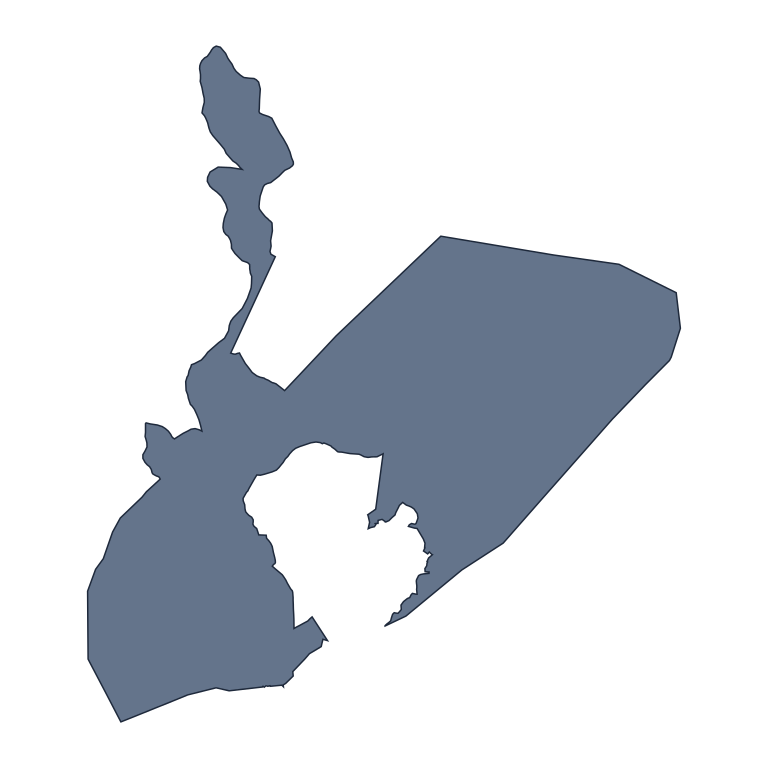 Santa María Chachoápam, Oaxaca, Mexico
{"feature_id": "50627088B31666946038790", "entity_name": "Santa María Chachoápam", "entity_type": "district", "adm_level": 2, "iso_a3": "MEX", "parent_name": "Mexico", "parent_adm1": "Oaxaca", "projection": "albers", "projection_center": [-97.276, 17.574], "detail": "fine", "context": "isolated", "style": "filled", "palette": "slate", "viewbox_px": 768, "rotation_deg": 0, "n_neighbors": 0, "source": "geoboundaries", "source_scale": "gbopen_adm2", "svg_char_len": 5613}
<svg xmlns="http://www.w3.org/2000/svg" viewBox="0 0 768 768"><path d="M160.2,479.1L147.9,490.4L146.5,491.6L142.0,497.2L120.3,518.0L112.6,532.0L103.3,558.7L95.6,569.3L87.6,591.2L88.1,659.1L90.0,662.8L106.9,695.0L120.2,720.6L120.9,721.9L139.1,714.6L156.9,707.4L174.3,700.4L187.7,694.9L216.1,687.8L229.1,690.8L262.5,687.0L262.6,686.9L262.7,686.4L263.2,686.3L264.2,687.2L266.0,685.8L267.0,686.0L267.8,686.3L269.4,685.8L270.0,685.7L270.2,686.3L281.8,685.2L283.1,686.4L283.4,686.7L283.2,684.9L285.7,683.4L293.2,676.0L292.8,671.6L305.1,658.7L309.4,653.7L321.2,646.6L322.9,639.3L327.5,640.6L312.1,616.9L310.0,618.7L307.7,621.1L306.7,621.6L302.6,623.8L299.7,625.4L296.6,627.0L294.0,628.5L293.9,619.4L293.7,614.4L293.4,609.2L293.3,605.5L293.3,604.6L293.1,600.5L293.1,597.5L292.7,592.3L292.3,590.8L290.6,588.8L288.8,585.7L287.4,583.3L285.8,580.0L283.3,576.2L282.2,574.7L275.2,568.8L272.3,566.2L272.9,565.3L273.9,564.2L274.9,563.6L275.4,562.5L275.3,560.4L274.7,557.5L273.4,552.4L272.2,546.4L270.7,543.3L268.8,540.7L266.6,538.3L266.2,535.2L258.8,534.9L256.7,528.5L254.0,526.3L252.9,524.2L253.2,521.8L253.2,519.8L251.7,517.2L248.8,515.3L247.1,513.5L245.7,511.8L245.0,508.8L244.7,504.7L243.2,500.8L243.1,498.3L246.5,492.3L247.8,491.0L248.9,488.6L254.0,479.6L256.8,475.0L260.4,475.2L264.5,474.2L272.1,471.9L276.4,470.1L279.0,467.5L281.0,465.0L283.1,462.5L285.4,458.8L287.8,456.5L289.6,453.9L292.6,450.6L295.6,448.3L299.6,446.6L310.9,442.8L316.0,442.0L320.3,442.6L322.3,443.7L323.9,443.0L326.1,443.8L328.8,445.0L331.0,446.0L331.9,447.1L334.9,449.2L337.6,451.7L338.9,452.0L341.7,452.1L347.2,453.1L350.1,453.6L359.0,454.2L360.7,454.9L364.1,456.7L368.0,457.4L371.9,456.9L377.0,456.8L383.1,453.8L375.7,509.2L367.7,514.8L368.1,515.7L369.6,522.3L368.2,528.7L370.6,527.6L374.4,526.7L375.9,524.5L375.3,523.6L376.8,523.4L378.0,523.4L378.1,520.4L382.1,519.4L385.2,521.6L385.2,521.9L385.8,522.0L389.0,520.6L392.2,517.4L395.0,515.0L395.7,512.8L398.4,507.5L399.4,505.4L402.7,502.4L406.3,505.1L408.9,506.0L411.4,507.1L414.0,508.9L417.3,513.7L418.0,517.9L417.5,519.5L416.1,523.3L415.6,523.9L414.6,524.2L411.5,523.5L409.3,524.8L408.4,526.4L414.4,528.1L417.1,528.5L420.2,533.7L423.3,538.9L425.0,543.2L424.6,547.4L424.9,547.4L424.9,547.9L423.5,551.0L427.7,553.9L429.3,552.0L431.7,554.3L432.4,554.7L428.6,558.0L427.7,560.0L427.0,561.6L427.6,562.0L427.0,563.2L426.9,564.3L426.7,565.8L424.9,568.6L425.1,571.7L429.1,572.0L429.0,573.4L423.5,573.9L420.6,574.5L418.6,575.6L416.6,579.6L416.3,581.0L416.5,583.4L416.8,585.6L416.8,587.8L416.6,589.3L417.1,594.2L416.1,594.2L412.4,593.4L411.1,594.8L409.7,597.6L407.4,598.5L403.5,601.6L401.0,605.1L401.3,609.5L399.5,611.7L398.0,613.3L396.0,613.1L394.2,612.7L392.6,614.3L391.4,618.0L390.7,620.8L388.6,622.7L387.3,623.6L385.1,625.6L385.1,626.0L405.9,616.1L461.9,569.9L503.2,543.1L543.5,497.2L565.5,472.3L590.2,444.3L612.3,419.2L645.1,385.0L669.4,360.6L671.2,357.2L680.4,328.3L676.2,292.7L619.0,264.3L553.6,255.0L440.8,236.2L336.3,335.7L298.7,375.7L284.6,390.6L276.0,383.8L273.5,382.9L272.4,382.7L270.3,381.5L268.4,380.3L265.3,379.0L264.1,378.1L260.0,377.2L256.7,375.8L252.2,372.5L248.6,367.7L245.3,363.5L240.5,355.1L239.5,353.0L237.4,353.4L235.3,354.2L233.5,354.0L230.7,353.1L275.3,256.7L270.9,254.2L270.0,251.4L270.6,248.7L271.1,246.1L270.6,240.8L272.4,230.9L272.0,223.0L270.6,221.3L269.3,220.4L267.8,218.8L265.3,216.7L262.0,212.7L259.4,209.1L259.0,206.3L259.2,204.5L259.4,201.7L260.2,196.0L263.2,187.0L264.6,184.9L267.3,183.5L270.7,182.6L279.0,176.1L282.3,172.7L284.8,170.3L289.6,168.0L292.5,165.7L293.4,164.1L293.3,161.9L291.6,157.9L290.0,152.1L287.1,145.5L283.3,138.7L279.8,133.3L278.0,130.0L275.7,125.8L271.8,118.2L268.6,116.5L262.6,114.5L259.6,113.0L259.0,111.4L259.3,108.7L259.4,105.3L259.6,99.3L260.3,89.1L258.6,82.1L256.3,79.8L254.0,78.5L249.3,78.2L243.8,77.5L240.4,75.2L236.2,71.5L233.9,68.3L232.0,64.1L229.8,61.1L227.9,58.3L225.6,53.4L221.1,48.1L220.3,47.2L216.2,46.1L213.3,47.7L213.1,48.1L211.6,49.9L210.3,52.2L207.3,56.4L204.6,57.9L202.0,60.6L200.6,63.3L199.8,65.8L199.6,68.9L200.1,71.6L200.5,74.7L200.5,78.6L200.2,81.3L201.1,84.5L202.0,87.7L203.1,93.7L204.2,98.2L204.3,102.3L202.9,107.7L202.0,112.9L204.4,115.7L205.7,118.1L206.9,120.9L207.7,122.9L208.4,125.9L209.0,128.2L210.3,131.9L212.8,135.6L216.6,140.0L220.4,144.4L224.3,149.2L225.3,151.4L226.2,153.4L231.1,159.0L232.9,161.0L236.2,163.2L238.7,165.7L239.9,167.3L242.1,169.4L230.6,167.6L218.1,167.1L210.1,172.0L207.6,177.3L207.3,181.3L209.9,186.2L212.6,188.9L216.8,192.0L221.5,196.5L225.8,204.1L227.6,210.0L225.9,213.9L224.4,218.1L223.3,223.4L223.0,227.6L223.8,231.6L225.8,234.4L228.2,236.2L229.5,238.4L230.5,240.4L231.4,244.2L231.5,248.2L232.8,250.3L235.0,253.5L239.6,258.2L242.2,260.7L247.6,262.6L249.6,264.5L249.7,266.3L249.7,268.8L250.2,271.7L250.3,273.0L251.7,276.3L251.6,280.4L251.5,283.6L251.1,288.0L247.4,298.5L242.2,308.5L233.4,317.6L230.8,321.2L229.3,325.4L228.6,330.8L224.5,338.3L218.6,342.7L212.9,347.7L207.7,352.3L205.4,355.5L201.4,360.0L194.5,363.6L191.5,364.7L190.8,367.0L189.1,370.7L188.1,375.5L187.1,376.9L185.7,381.6L186.1,390.5L187.7,394.7L188.4,398.4L190.4,404.4L192.2,406.2L194.4,409.3L196.8,414.5L198.9,419.6L200.5,425.2L201.9,431.1L199.0,429.7L195.1,428.6L191.0,429.2L188.4,430.7L183.2,433.3L177.2,437.1L174.5,438.9L173.0,437.9L171.8,436.6L170.8,434.5L168.4,431.2L165.4,428.6L162.3,426.6L157.4,425.0L150.2,423.9L146.1,422.9L145.5,423.6L145.5,432.4L145.1,436.5L146.2,440.1L146.9,442.9L147.0,447.0L145.0,451.1L142.9,454.7L142.9,458.4L145.0,462.3L147.1,464.7L149.6,466.7L151.3,469.5L152.1,472.8L152.9,474.0L154.8,475.1L156.5,476.0L158.1,476.5L159.2,477.2L160.2,479.1Z" fill="#64748b" stroke="#1e293b" stroke-width="1.5"/></svg>